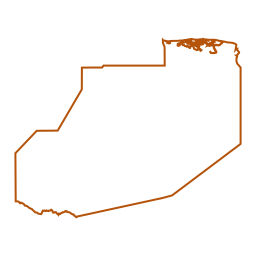 Angoram District, East Sepik, Papua New Guinea
{"feature_id": "67681753B97300353445922", "entity_name": "Angoram District", "entity_type": "district", "adm_level": 2, "iso_a3": "PNG", "parent_name": "Papua New Guinea", "parent_adm1": "East Sepik", "projection": "orthographic", "projection_center": [143.956, -4.467], "detail": "fine", "context": "isolated", "style": "outline", "palette": "amber", "viewbox_px": 256, "rotation_deg": 0, "n_neighbors": 0, "source": "geoboundaries", "source_scale": "gbopen_adm2", "svg_char_len": 5569}
<svg xmlns="http://www.w3.org/2000/svg" viewBox="0 0 256 256"><path d="M15.7,201.3L16.3,201.3L18.6,201.6L20.1,203.3L20.4,203.2L21.0,202.6L22.1,203.2L22.4,203.2L23.0,203.6L23.6,203.8L23.9,204.4L24.6,205.0L24.9,205.6L26.1,205.7L26.5,206.0L27.0,206.1L28.2,207.0L28.9,207.7L29.6,207.9L30.3,208.5L31.7,208.9L32.9,210.2L34.6,211.6L35.0,212.2L35.3,212.4L37.2,212.7L37.7,213.0L38.1,213.6L38.9,213.8L41.1,214.1L42.0,212.7L42.2,212.1L42.2,211.6L42.8,210.7L43.2,211.0L43.6,211.0L44.2,210.8L44.4,210.5L45.7,211.1L46.4,210.4L47.8,211.0L48.5,211.1L48.8,210.7L49.5,210.7L50.6,210.4L50.7,210.1L51.2,209.7L52.2,210.4L52.7,211.4L52.8,212.3L53.4,212.7L54.7,212.3L54.9,212.4L55.3,212.1L55.9,212.2L56.4,212.7L56.9,213.6L57.6,213.7L58.4,214.8L58.7,214.0L58.9,214.1L59.2,213.7L59.7,214.1L60.2,214.0L61.2,213.0L61.8,212.9L62.5,212.3L62.9,212.5L64.3,212.0L64.4,211.8L64.8,211.7L65.2,211.2L65.8,211.0L66.7,211.2L66.8,211.8L68.0,212.2L69.0,212.2L70.1,212.6L70.5,212.8L70.8,213.4L71.2,213.7L71.8,213.9L72.7,214.5L73.3,214.3L74.1,215.1L74.5,215.9L75.5,216.3L75.8,216.9L76.4,217.2L76.9,217.0L77.3,216.5L162.9,197.9L172.1,195.4L240.6,143.9L240.6,67.5L237.3,63.7L236.5,61.4L236.4,59.0L236.6,57.9L237.0,57.2L237.1,56.3L236.4,55.6L237.2,55.6L237.4,54.6L239.1,52.8L239.1,52.4L239.0,52.1L237.6,50.3L237.3,49.8L237.2,49.1L237.3,48.7L236.4,48.8L235.5,49.8L236.4,45.0L235.6,44.0L233.6,43.2L232.2,42.8L226.9,42.3L225.6,41.9L219.9,40.8L219.0,41.0L218.6,40.6L215.5,39.9L213.0,39.7L211.6,39.8L208.0,39.7L208.1,40.2L207.7,39.8L207.4,40.0L207.2,39.6L204.5,39.4L202.9,38.8L202.5,39.0L202.0,39.5L202.2,40.2L204.1,41.6L205.1,42.0L205.7,41.7L205.6,40.7L205.8,40.5L206.5,40.3L206.2,39.8L207.0,39.8L207.3,40.2L206.8,40.6L206.3,41.2L206.7,43.0L208.4,44.0L208.7,43.5L208.6,44.6L209.1,44.9L209.5,45.1L209.6,43.9L210.6,43.0L211.5,43.0L211.5,42.5L211.9,41.8L211.9,41.3L212.4,42.4L212.8,42.3L212.8,42.0L213.7,41.2L214.3,41.1L214.6,41.3L214.6,42.2L213.7,42.2L212.6,42.9L212.6,43.2L212.9,43.5L212.9,44.1L213.9,45.1L216.7,44.8L218.4,45.1L219.4,45.0L220.6,43.9L221.4,42.7L221.8,41.7L222.1,41.6L222.3,41.7L222.6,42.4L222.2,42.9L221.9,42.9L221.6,43.4L221.3,43.4L220.5,44.4L219.6,45.1L218.7,45.4L216.0,45.1L215.2,45.3L214.0,46.1L214.0,47.6L216.3,51.6L216.3,52.4L216.0,52.7L215.4,52.9L212.7,53.2L211.9,53.0L210.8,52.9L210.2,52.0L209.9,51.1L211.0,52.7L212.8,53.1L214.7,52.8L215.9,52.3L215.8,51.7L213.8,47.9L213.5,46.4L213.5,46.1L214.1,45.6L214.0,45.4L213.4,45.1L213.0,45.2L212.2,45.0L211.7,45.4L211.4,45.2L211.8,44.7L211.3,44.7L210.2,45.4L209.8,46.0L209.4,46.0L208.9,45.5L208.1,45.4L207.3,45.7L207.7,45.1L207.4,44.2L206.3,43.8L205.3,42.6L203.8,42.3L202.9,41.9L202.1,41.8L201.8,42.1L201.8,42.4L202.0,42.6L202.7,42.6L203.3,42.9L203.5,43.5L203.4,43.7L202.8,43.5L202.6,43.7L202.8,44.1L202.6,44.4L201.8,44.3L201.5,44.9L201.6,45.3L201.0,44.6L200.7,44.5L200.3,44.3L200.5,44.2L200.2,43.9L199.7,44.1L198.7,43.6L198.2,44.2L199.2,45.4L199.2,45.7L198.6,46.1L199.2,46.7L198.9,47.2L198.7,46.8L198.0,47.2L197.8,47.5L197.8,47.9L198.3,48.0L200.3,49.1L200.8,49.7L201.5,50.1L201.2,50.5L200.5,50.8L199.9,49.6L199.1,49.3L198.5,49.4L197.4,50.1L196.8,50.2L195.5,49.3L194.5,49.2L193.9,48.6L193.9,47.8L193.2,46.4L193.3,45.7L193.6,45.0L193.7,44.3L192.9,43.8L192.6,43.8L192.1,44.4L191.8,45.0L191.2,45.1L191.2,45.8L191.0,45.7L190.6,46.0L190.6,45.8L190.5,45.7L190.3,45.9L189.9,46.8L190.0,47.5L190.2,47.8L190.0,48.0L189.7,48.0L188.8,47.3L188.6,46.8L187.9,46.7L188.0,46.4L187.8,46.2L187.6,46.1L186.9,46.4L186.9,46.1L185.9,46.2L184.8,46.0L184.2,45.1L183.6,44.6L183.0,44.7L182.9,45.1L182.7,45.1L182.2,43.2L181.9,42.6L181.6,42.3L181.0,43.7L180.0,44.2L179.8,44.7L179.8,45.3L179.4,45.6L178.3,45.9L177.6,45.5L177.7,44.0L178.0,43.7L179.2,43.1L180.4,43.3L180.8,43.0L180.9,42.5L181.6,42.0L181.8,41.9L182.6,42.3L183.0,41.9L183.6,42.0L184.2,42.4L184.8,42.3L185.7,41.8L186.0,41.5L186.0,41.2L186.1,41.3L186.7,40.5L187.5,40.1L189.4,39.8L189.0,39.4L187.7,39.5L186.1,40.0L184.5,40.0L182.5,40.5L180.6,40.5L177.0,40.9L173.0,40.9L169.5,41.1L168.5,41.8L168.2,42.3L168.8,42.1L169.2,42.4L169.6,41.5L170.2,41.4L170.4,41.5L169.9,42.2L170.0,42.9L169.6,42.9L169.5,43.3L169.0,43.5L168.4,43.3L168.9,43.0L168.8,42.8L168.6,42.7L168.2,42.9L167.5,42.0L166.5,41.6L166.8,41.3L167.1,41.6L168.0,41.6L168.3,41.3L167.2,41.3L166.7,41.0L163.5,40.5L162.9,39.9L162.9,42.8L164.6,46.9L164.7,65.6L103.5,65.6L102.2,67.5L81.9,67.6L81.8,89.4L57.7,130.6L36.7,130.8L15.4,153.2L15.7,201.3ZM197.6,39.7L193.6,39.5L192.1,39.0L190.6,39.0L190.2,39.3L190.2,39.7L191.0,40.3L191.7,41.7L191.5,42.7L190.9,43.5L191.1,43.7L192.7,43.1L193.9,43.1L194.6,42.6L195.3,43.7L195.5,43.6L195.4,43.1L195.6,42.7L196.7,42.2L197.0,41.9L196.8,40.9L196.4,40.5L195.9,40.6L195.7,40.2L197.0,39.9L198.3,39.9L199.5,40.2L201.1,39.9L201.2,40.4L201.3,40.5L201.5,40.4L201.4,39.7L201.1,39.4L200.6,39.2L197.6,39.7ZM201.3,41.5L200.2,41.0L198.6,40.7L197.7,41.0L197.9,41.5L198.4,41.7L197.7,42.9L198.0,42.0L197.9,41.9L197.5,42.0L196.9,42.7L196.2,42.7L196.2,42.9L196.8,43.7L197.0,44.3L197.7,44.4L198.0,43.8L198.5,43.4L198.4,42.5L198.6,42.2L199.1,42.0L199.5,42.4L200.1,41.8L201.3,42.1L201.6,41.9L201.3,41.5ZM189.0,40.5L188.2,40.5L187.3,40.8L187.3,41.9L187.1,42.3L187.0,42.8L187.4,43.7L188.5,43.5L188.8,43.9L189.7,42.7L188.9,41.4L189.0,40.5ZM195.4,44.0L194.5,43.4L195.1,45.6L197.3,46.9L197.2,46.5L196.6,45.6L197.6,45.3L198.0,44.9L197.8,44.7L196.7,44.5L196.1,43.9L195.4,44.0ZM189.9,43.6L191.1,42.0L191.1,41.6L190.0,40.6L189.5,41.0L189.4,41.8L190.1,42.7L189.6,43.4L189.6,43.7L189.9,43.6ZM212.5,43.6L212.4,42.8L212.0,42.2L211.9,42.7L212.2,43.4L212.5,43.6ZM213.0,44.8L212.4,44.0L212.2,44.2L212.7,44.8L213.0,44.8Z" fill="none" stroke="#b45309" stroke-width="2"/></svg>